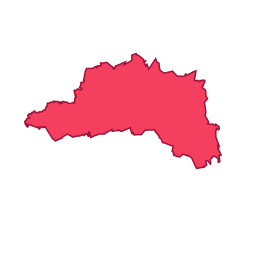 Jiquipilas, Chiapas, Mexico, rotated 243°
{"feature_id": "50627088B19459757665748", "entity_name": "Jiquipilas", "entity_type": "district", "adm_level": 2, "iso_a3": "MEX", "parent_name": "Mexico", "parent_adm1": "Chiapas", "projection": "mercator", "projection_center": [-93.615, 16.574], "detail": "fine", "context": "isolated", "style": "filled", "palette": "rose", "viewbox_px": 256, "rotation_deg": 243, "n_neighbors": 0, "source": "geoboundaries", "source_scale": "gbopen_adm2", "svg_char_len": 5729}
<svg xmlns="http://www.w3.org/2000/svg" viewBox="0 0 256 256"><g transform="rotate(243 128 128)"><path d="M117.8,212.0L118.6,212.1L121.1,212.0L126.4,214.3L130.1,212.6L131.4,213.3L131.2,213.5L134.7,217.8L135.7,217.8L136.1,217.6L136.1,217.4L136.0,217.1L136.0,216.8L136.7,216.4L136.9,216.2L136.8,215.6L136.6,215.3L137.3,214.4L137.1,214.1L136.8,213.8L136.6,213.0L136.7,212.7L137.1,212.6L137.5,212.8L138.2,212.5L138.6,212.0L138.9,211.3L139.2,209.8L139.5,209.5L140.4,209.1L140.6,208.8L141.4,209.6L148.1,214.5L148.4,211.0L148.2,210.1L148.4,209.5L148.2,208.7L148.3,206.8L148.2,205.3L149.9,203.8L149.7,203.1L148.2,203.0L149.0,200.5L152.1,195.2L158.5,193.4L158.8,191.9L159.5,188.8L159.9,187.6L160.5,185.1L162.9,183.7L164.6,183.0L166.2,183.0L171.9,185.0L173.4,183.7L177.2,184.1L172.6,176.0L171.0,173.2L176.1,173.9L176.0,173.5L175.0,172.0L175.8,172.0L176.0,172.1L179.4,172.2L179.6,174.3L179.4,174.4L179.8,174.4L180.1,172.3L181.9,173.0L188.0,170.3L188.5,169.4L189.2,169.2L190.5,169.1L190.8,168.3L191.1,164.3L188.5,163.3L186.4,161.9L186.4,159.6L186.2,157.7L186.1,156.9L186.1,156.0L186.1,153.4L188.1,155.9L188.4,151.9L188.2,151.4L188.9,145.2L188.6,145.0L188.2,144.8L188.5,144.6L187.8,143.8L187.8,143.4L187.7,143.2L187.3,143.1L187.2,142.4L186.8,141.8L186.6,141.7L187.8,141.8L188.6,142.1L189.1,142.1L193.1,140.1L195.4,139.3L195.8,139.0L196.2,138.4L196.7,137.3L196.8,136.0L198.4,133.0L195.7,132.3L196.8,130.1L197.1,128.8L196.1,128.5L196.0,127.3L196.4,127.2L197.4,127.3L197.3,123.2L197.6,122.3L198.2,121.5L199.8,118.1L198.2,116.0L194.0,112.7L193.4,112.3L190.8,110.2L190.6,110.0L189.8,110.5L188.6,108.9L189.8,107.7L189.9,106.7L187.4,105.2L186.4,103.4L185.2,104.1L183.8,104.8L183.7,102.6L185.5,101.7L185.5,100.6L185.6,99.5L185.0,97.6L185.9,97.3L185.7,96.9L180.7,95.7L180.9,95.9L180.9,96.1L180.8,96.5L180.5,96.4L180.2,96.1L179.3,96.1L179.1,96.0L178.9,95.9L178.8,94.3L174.7,91.8L175.3,91.5L175.7,91.1L175.6,89.8L175.7,89.2L176.3,87.1L176.5,86.6L177.1,86.1L179.0,85.2L179.5,84.0L181.0,82.5L181.2,81.8L181.2,81.3L181.4,80.8L181.3,79.6L181.3,79.2L181.5,78.9L180.8,79.1L180.3,79.6L180.6,78.3L180.9,78.2L181.1,78.3L181.2,78.0L182.7,78.5L182.8,77.7L183.1,77.3L183.6,77.2L184.8,75.1L184.3,74.4L184.4,74.0L184.8,73.9L185.3,74.2L185.5,74.2L185.7,73.9L185.6,73.3L185.3,72.6L185.2,72.1L185.4,71.8L185.8,71.5L186.0,71.0L186.2,70.0L186.0,69.3L186.0,68.7L186.4,68.1L186.6,67.9L186.6,67.7L186.6,67.3L186.3,67.0L185.9,66.9L185.5,66.9L184.9,66.5L184.6,65.9L184.6,65.7L184.0,65.1L183.7,64.3L183.0,63.5L182.6,63.1L181.7,62.5L181.4,62.1L181.6,61.8L182.0,61.5L182.2,60.8L182.1,60.2L181.8,59.6L181.6,59.0L181.6,58.7L182.0,58.0L182.0,56.8L182.1,56.5L182.7,56.4L182.9,56.2L182.8,55.9L182.3,55.5L182.2,55.2L182.2,54.6L182.8,53.6L183.1,53.4L183.3,53.5L183.5,53.4L183.9,53.1L184.1,52.6L184.5,52.4L185.1,52.5L185.4,52.5L185.6,52.4L185.7,51.9L185.5,51.6L185.2,51.4L185.1,50.7L185.5,49.7L185.4,49.0L185.1,48.8L184.7,49.0L184.4,48.7L184.2,48.4L184.3,47.9L184.6,47.6L185.2,47.1L185.4,46.6L185.4,46.2L184.8,44.5L184.5,44.2L184.1,44.1L182.1,45.1L181.9,45.1L181.7,45.0L181.6,44.5L182.2,43.1L182.2,42.0L182.2,41.7L181.9,41.4L181.6,41.4L180.9,40.9L180.8,40.3L181.0,39.7L180.5,38.9L179.8,38.7L179.6,38.8L178.8,38.3L178.5,38.2L178.0,38.6L177.6,38.7L177.1,38.7L177.0,38.4L176.7,38.3L175.5,38.9L175.2,38.9L174.9,38.6L174.6,38.8L174.5,39.3L175.3,40.5L175.0,39.9L175.5,39.7L175.9,39.6L176.0,39.4L176.3,39.2L176.8,39.2L177.0,39.3L177.1,39.6L177.4,39.7L177.3,40.0L169.4,47.6L167.2,48.7L167.3,49.0L167.4,49.3L167.6,49.4L167.9,49.4L168.3,49.2L168.9,49.1L168.6,49.4L168.5,50.3L168.9,50.5L168.3,51.5L167.5,51.8L167.0,52.2L167.0,52.9L167.3,53.2L166.9,53.7L167.0,53.8L166.7,53.7L166.6,53.9L166.7,54.0L166.3,54.4L166.3,54.6L166.7,54.7L166.6,54.8L166.1,54.7L165.8,54.8L153.0,55.9L149.4,57.4L149.1,65.2L149.8,66.1L149.9,69.3L150.2,71.0L147.4,73.1L144.9,74.7L144.9,75.1L144.7,75.3L144.6,76.6L144.4,77.1L144.0,78.6L143.1,80.7L142.8,82.4L142.8,84.6L142.4,84.6L141.8,84.8L141.6,85.1L141.3,85.5L142.0,85.7L141.9,87.2L141.5,87.3L141.5,88.1L142.0,88.1L141.9,88.6L141.0,88.8L138.6,88.8L138.5,89.4L141.4,90.4L141.8,90.9L142.0,91.3L142.2,91.5L141.3,91.8L136.5,90.4L136.3,94.3L135.7,98.7L135.6,100.3L134.4,102.0L133.2,104.7L133.6,105.0L133.6,105.3L134.0,113.1L132.2,112.4L131.4,115.4L130.2,117.9L130.7,118.6L128.2,120.2L127.9,121.3L127.2,130.3L126.3,130.0L126.0,130.0L125.9,129.7L124.6,129.4L124.3,129.5L124.0,130.0L123.4,129.4L123.1,129.5L122.9,129.1L122.4,129.0L122.0,129.1L121.6,129.0L121.6,129.3L121.3,129.6L121.4,129.9L121.3,130.0L121.3,130.5L121.0,130.4L120.5,130.0L119.7,129.7L119.0,131.0L118.7,131.0L118.6,131.9L118.2,132.3L117.7,133.6L116.0,136.8L118.4,142.6L118.1,142.9L117.8,143.5L117.5,143.7L117.1,145.2L116.4,146.4L115.3,148.6L114.6,150.2L114.8,150.3L114.5,150.6L114.5,150.8L113.8,150.7L113.1,150.8L112.1,150.7L111.7,150.8L111.3,151.2L110.8,151.0L109.3,151.5L108.9,151.4L107.4,151.8L107.2,151.9L105.7,151.7L105.8,151.8L105.4,151.9L105.0,151.9L103.5,152.5L99.2,152.2L98.2,153.6L91.1,160.1L90.1,159.1L88.6,157.9L87.3,156.7L86.7,157.4L85.5,157.0L84.4,156.8L84.1,157.4L82.9,156.4L82.4,157.0L80.0,159.1L79.8,159.6L79.3,160.2L78.7,160.8L79.7,165.2L76.4,168.1L76.7,168.5L74.2,170.2L74.2,170.4L72.3,171.1L60.9,170.7L58.5,178.4L59.4,178.5L59.0,181.1L63.2,182.3L62.9,184.1L58.4,185.0L58.5,185.4L62.4,187.0L63.3,189.0L64.1,191.7L62.4,193.1L61.2,193.7L59.2,194.3L56.6,192.8L56.2,194.5L62.3,196.8L61.6,198.6L66.8,199.0L69.4,198.8L69.1,200.0L70.5,199.9L71.6,200.0L70.7,201.1L77.3,201.8L80.9,202.4L81.5,203.0L82.4,203.3L83.6,203.9L83.9,203.9L84.6,204.4L87.3,206.6L85.3,207.8L85.7,208.8L87.7,209.7L91.5,208.0L90.7,207.1L90.6,206.8L92.9,205.5L93.7,203.7L94.6,201.9L96.1,200.3L95.2,201.9L96.3,202.1L97.0,202.6L103.9,202.3L106.9,204.6L116.4,207.9L117.8,212.0Z" fill="#f43f5e" stroke="#9f1239" stroke-width="1.5"/></g></svg>